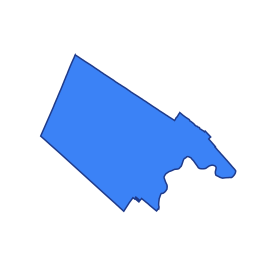 the district of Nicolae Titulescu, Olt, Romania, rotated 68°
{"feature_id": "2599482B32809013995919", "entity_name": "Nicolae Titulescu", "entity_type": "district", "adm_level": 2, "iso_a3": "ROU", "parent_name": "Romania", "parent_adm1": "Olt", "projection": "equal_earth", "projection_center": [24.74, 44.265], "detail": "fine", "context": "isolated", "style": "filled", "palette": "blue", "viewbox_px": 256, "rotation_deg": 68, "n_neighbors": 0, "source": "geoboundaries", "source_scale": "gbopen_adm2", "svg_char_len": 5595}
<svg xmlns="http://www.w3.org/2000/svg" viewBox="0 0 256 256"><g transform="rotate(68 128 128)"><path d="M214.5,129.8L213.8,129.3L212.8,128.8L211.5,128.6L210.3,128.2L208.4,127.3L207.0,126.5L205.3,125.6L202.9,123.5L202.1,122.8L201.5,122.1L201.2,121.6L201.3,121.0L201.6,120.4L201.6,119.5L201.4,118.8L201.2,118.0L200.7,117.0L200.3,116.2L199.7,115.5L199.3,114.8L198.7,114.5L197.9,114.1L197.2,113.7L195.9,113.3L194.9,113.2L194.0,113.3L192.1,113.4L190.0,113.3L187.8,113.2L186.9,112.9L186.3,112.3L185.6,111.5L185.0,110.6L184.5,109.7L184.3,108.5L184.0,107.3L183.8,106.1L183.9,104.7L183.9,103.7L183.9,102.5L183.8,101.5L183.8,100.3L184.1,99.2L184.4,98.2L184.7,97.1L184.7,96.0L184.4,95.2L183.9,94.3L183.5,93.2L182.8,92.4L181.6,91.3L179.2,89.3L178.1,88.3L177.6,87.5L177.3,86.8L177.4,86.0L177.1,85.3L176.7,84.2L176.9,83.2L177.5,82.4L178.3,81.7L179.1,80.9L180.8,80.4L183.0,79.5L186.5,78.7L189.3,78.0L191.0,77.7L192.0,77.1L192.6,76.5L193.1,75.6L193.7,74.3L194.1,73.2L194.5,71.8L194.5,70.6L194.1,69.2L193.8,67.8L193.6,66.7L193.7,65.3L193.9,64.0L194.4,63.1L194.9,62.4L195.7,61.6L196.6,61.2L197.4,61.1L198.2,61.3L199.1,61.9L199.9,62.4L200.9,63.2L202.4,63.9L203.6,64.1L204.6,64.2L205.3,63.7L206.7,62.4L208.2,61.2L209.3,59.9L209.9,59.1L210.2,58.0L210.5,56.8L211.0,55.2L211.6,53.6L212.0,52.2L212.5,51.2L212.7,50.5L212.5,49.5L211.9,48.1L211.1,46.7L209.9,45.3L208.2,44.2L207.1,44.4L206.3,44.6L204.9,45.1L203.0,45.8L202.1,46.1L201.2,46.4L200.5,46.6L199.4,47.0L198.9,47.2L198.6,47.3L197.9,47.5L197.3,47.7L196.3,48.1L195.2,48.4L194.3,48.8L193.4,49.1L191.7,49.7L190.6,50.1L189.4,50.5L188.1,51.0L186.8,51.5L185.9,51.8L184.9,52.1L184.3,52.4L183.8,52.5L183.1,52.8L182.3,53.1L181.5,53.4L180.7,53.6L180.3,53.8L179.4,54.0L178.2,54.5L178.0,54.0L175.8,54.7L168.4,57.3L167.6,55.6L167.3,54.7L165.6,55.3L161.8,56.8L159.7,57.6L159.8,58.3L159.9,58.5L160.0,58.6L159.7,58.7L159.5,58.8L159.0,59.1L158.2,59.7L157.3,60.4L156.9,60.6L156.5,60.9L156.4,61.0L156.1,61.4L155.9,61.5L155.5,61.7L155.2,61.7L154.9,61.6L154.6,61.6L154.2,61.8L154.1,62.0L153.9,62.1L153.7,62.3L153.5,62.6L153.4,62.7L153.2,62.9L152.9,63.1L152.7,63.2L152.2,63.3L152.1,63.5L151.8,63.9L151.6,64.2L151.4,64.4L151.2,64.5L150.9,64.6L150.7,64.6L150.5,64.9L150.4,65.0L150.2,65.0L149.8,65.1L149.5,65.1L148.8,65.4L148.2,65.7L147.6,66.0L147.1,66.3L146.6,66.6L146.1,66.9L145.7,67.1L145.4,67.3L144.9,67.7L144.7,67.9L144.4,68.0L144.1,68.0L143.8,68.0L143.5,68.0L143.2,68.1L142.8,68.3L142.6,68.4L142.4,68.6L141.8,69.0L140.8,69.7L139.7,70.5L138.5,71.2L136.7,72.3L134.4,73.5L133.1,74.2L133.3,74.4L133.8,75.2L134.2,75.8L134.7,76.5L135.1,76.9L135.4,77.4L135.7,77.8L135.9,78.0L136.0,78.4L136.2,78.7L136.3,78.9L136.4,79.1L136.5,79.5L136.7,79.8L136.8,79.9L137.0,80.1L137.2,80.4L137.6,80.7L138.1,81.5L138.5,82.0L137.8,82.5L137.4,82.8L136.9,83.1L136.5,83.4L135.5,84.1L134.8,84.6L134.0,85.2L133.3,85.7L132.5,86.3L131.8,86.7L131.2,87.1L130.6,87.6L129.9,88.1L128.7,88.9L128.0,89.4L127.4,89.8L126.7,90.3L126.2,90.7L125.7,91.0L125.3,91.3L124.5,91.9L123.9,92.3L123.4,92.7L122.8,93.0L121.7,93.7L121.2,94.1L120.0,94.9L119.6,95.2L119.1,95.5L118.5,96.0L117.6,96.6L116.6,97.3L115.5,98.0L114.8,98.5L114.2,98.9L113.7,99.2L113.0,99.7L112.3,100.2L111.2,100.9L110.7,101.2L110.3,101.5L109.9,101.8L109.4,102.1L108.8,102.6L108.0,103.2L106.5,104.1L105.7,104.7L104.6,105.5L103.4,106.3L102.4,107.0L101.7,107.5L99.6,109.0L98.8,109.6L98.1,110.1L97.5,110.5L96.9,110.9L96.3,111.4L95.7,111.8L95.1,112.1L94.8,112.3L94.0,112.8L93.0,113.5L92.5,113.8L91.2,114.6L90.6,115.0L90.0,115.4L89.5,115.8L88.5,116.5L88.0,116.9L87.7,117.1L87.3,117.4L86.9,117.7L86.4,118.0L86.0,118.3L85.6,118.6L85.3,118.8L84.7,119.2L84.0,119.8L83.2,120.3L82.6,120.8L81.9,121.2L80.9,122.0L80.2,122.4L79.6,122.8L78.7,123.3L78.2,123.6L77.7,123.9L77.4,124.2L76.6,124.7L75.7,125.4L74.3,126.3L73.5,126.9L72.2,127.8L71.6,128.2L71.1,128.6L70.6,128.9L70.2,129.2L69.6,129.6L69.0,130.1L67.8,130.8L67.2,131.2L66.3,131.9L65.3,132.5L64.6,133.0L64.0,133.3L63.7,133.5L63.2,133.9L62.6,134.3L61.9,134.8L61.1,135.3L60.0,136.1L58.9,136.8L58.1,137.3L57.8,137.5L56.9,138.1L56.2,138.6L55.0,139.4L54.2,140.0L53.5,140.5L50.3,142.8L49.6,143.3L48.5,144.0L47.9,144.4L47.0,145.1L46.5,145.4L45.2,146.3L44.4,146.8L43.7,147.3L43.1,147.7L42.7,148.0L42.0,148.5L40.5,149.5L40.4,149.5L41.0,150.2L41.7,150.8L42.5,151.6L43.1,152.2L43.6,152.8L44.2,153.4L44.6,153.9L44.9,154.1L45.1,154.3L45.3,154.5L45.7,155.0L46.8,156.1L47.4,156.7L47.7,157.0L48.8,158.1L49.8,159.1L50.6,159.9L51.3,160.5L52.1,161.3L52.6,161.8L53.2,162.4L53.9,163.0L54.5,163.6L55.1,164.1L56.2,165.3L57.4,166.5L57.7,166.8L58.4,167.4L59.2,168.2L59.7,168.7L60.7,169.7L61.2,170.1L62.2,171.1L62.7,171.6L63.4,172.3L64.0,172.8L64.6,173.4L65.2,174.0L65.7,174.5L66.2,174.9L66.7,175.5L67.1,175.8L67.6,176.3L68.1,176.9L68.9,177.7L69.7,178.5L70.6,179.4L71.4,180.2L71.8,180.6L72.7,181.5L73.6,182.3L74.2,183.0L75.0,183.8L75.5,184.3L76.1,184.9L76.7,185.5L77.6,186.4L78.6,187.4L79.1,187.9L79.7,188.4L80.5,189.2L81.3,190.0L101.9,211.1L102.8,212.0L108.6,209.1L114.2,206.4L123.2,201.9L127.5,199.8L179.2,174.9L192.9,168.2L193.4,167.9L193.8,167.8L194.2,167.6L195.3,167.1L196.3,166.6L196.8,166.3L198.0,165.8L199.1,165.3L200.7,164.5L202.6,163.6L203.6,163.1L197.6,154.6L194.5,149.5L196.1,148.6L196.4,148.4L196.1,148.0L200.6,145.6L200.3,145.2L195.9,147.7L195.2,146.9L195.0,146.6L199.7,144.1L199.3,143.4L198.9,142.5L198.5,141.8L198.8,141.7L199.5,141.2L200.1,140.9L200.7,140.6L201.9,139.9L203.3,139.2L204.0,138.8L205.2,138.1L206.0,137.7L206.8,137.3L207.9,136.8L208.8,136.3L210.5,135.4L211.8,134.7L212.4,134.4L215.1,132.9L215.6,132.6L214.8,131.1L214.4,130.6L214.0,129.9L214.3,129.9L214.5,129.8Z" fill="#3b82f6" stroke="#1e3a8a" stroke-width="1.5"/></g></svg>